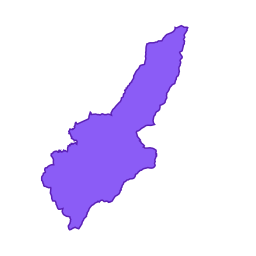 the district of Pangarati, Neamt, Romania, rotated 225°
{"feature_id": "2599482B60779670494049", "entity_name": "Pangarati", "entity_type": "district", "adm_level": 2, "iso_a3": "ROU", "parent_name": "Romania", "parent_adm1": "Neamt", "projection": "albers", "projection_center": [26.201, 46.911], "detail": "fine", "context": "isolated", "style": "filled", "palette": "violet", "viewbox_px": 256, "rotation_deg": 225, "n_neighbors": 0, "source": "geoboundaries", "source_scale": "gbopen_adm2", "svg_char_len": 5796}
<svg xmlns="http://www.w3.org/2000/svg" viewBox="0 0 256 256"><g transform="rotate(225 128 128)"><path d="M174.1,200.9L172.8,198.6L171.8,197.3L169.5,194.9L169.1,194.1L167.6,192.9L166.3,190.9L164.8,190.0L164.2,189.3L163.0,187.1L161.4,184.8L161.5,184.3L162.8,182.3L163.3,181.3L163.5,180.4L162.9,179.0L162.4,177.4L162.5,175.2L162.2,173.3L161.8,172.3L161.7,171.8L161.2,170.6L161.0,169.4L160.8,168.9L159.2,167.1L159.0,166.0L158.3,163.4L158.0,163.1L158.2,162.8L158.0,162.3L158.2,160.6L157.7,160.1L157.5,158.9L157.5,158.4L157.8,157.7L157.5,156.7L156.9,155.9L157.5,155.0L157.0,154.6L156.6,153.2L156.7,152.9L157.0,152.7L157.0,152.4L156.9,152.2L156.3,152.2L156.0,152.0L155.0,150.5L154.9,150.0L155.2,149.2L155.2,148.9L154.4,147.8L153.9,147.4L153.5,146.6L153.5,145.9L153.9,144.7L152.7,143.1L152.1,141.2L152.2,139.8L152.1,136.4L152.0,134.5L151.7,132.6L151.8,130.4L151.6,129.7L150.6,126.6L148.7,125.4L150.2,124.8L151.5,124.1L152.2,123.4L152.7,122.3L153.7,121.2L154.3,120.7L156.0,120.0L156.5,119.4L156.7,118.2L157.0,117.5L158.1,116.9L159.2,115.8L160.7,115.0L163.5,111.6L164.8,112.5L165.8,112.5L163.8,108.6L163.2,108.1L162.6,107.0L162.5,106.1L166.7,94.9L167.2,94.7L168.7,95.2L168.9,94.9L168.6,94.0L167.3,92.4L167.2,92.0L167.1,91.1L166.3,91.0L166.0,90.7L165.8,89.8L166.0,89.2L166.5,88.6L166.5,88.3L166.0,88.2L166.1,87.8L166.7,87.2L168.3,86.2L167.6,84.9L167.6,84.3L167.4,83.6L167.1,83.4L166.5,83.7L166.1,83.6L165.8,82.4L165.2,82.8L164.8,83.0L162.9,82.2L162.6,81.9L161.4,81.9L161.2,81.6L161.0,80.9L160.5,80.7L159.9,81.1L157.7,81.4L157.0,81.0L156.9,81.5L156.3,82.2L156.3,82.4L155.6,82.8L154.2,82.3L153.9,81.6L152.8,80.3L153.5,80.2L154.7,80.4L155.3,78.9L155.4,78.0L155.9,77.6L156.2,77.8L157.1,77.1L156.4,76.5L157.1,75.8L157.4,75.0L156.6,74.5L157.7,73.0L157.0,72.3L156.9,71.7L156.5,71.1L154.9,69.5L154.3,68.6L154.2,68.3L155.1,67.8L156.3,67.7L156.6,67.5L156.6,67.0L157.8,66.8L157.6,66.2L157.4,65.3L157.7,64.8L157.8,64.2L159.0,64.0L159.3,63.6L159.3,63.3L159.6,63.5L160.2,63.1L160.3,63.2L160.3,63.5L160.5,63.2L160.7,63.3L160.6,63.7L161.0,63.6L161.0,63.4L160.7,63.2L160.7,62.6L160.8,61.9L160.7,61.7L160.2,61.9L160.1,61.7L160.8,61.3L161.0,61.5L161.6,61.3L162.4,60.9L162.5,60.6L163.0,60.1L162.9,59.8L163.3,59.4L163.7,58.1L163.4,57.2L163.9,55.2L163.0,54.7L162.8,54.0L161.3,53.9L159.0,53.3L158.0,52.6L157.3,51.7L155.7,50.2L154.6,49.5L155.9,48.2L156.6,46.9L157.3,44.8L157.3,43.6L157.2,42.6L157.7,42.2L158.2,41.3L157.8,40.1L156.9,39.2L156.3,39.0L155.2,38.4L155.1,38.1L155.8,36.1L155.1,35.3L154.7,34.2L154.6,32.8L153.8,31.7L151.9,29.9L151.2,30.0L150.3,29.7L149.2,28.9L148.0,28.6L147.0,27.8L146.0,27.6L144.7,28.6L143.9,28.7L141.8,29.7L140.6,31.2L139.9,30.8L136.9,27.1L134.3,26.1L133.2,25.3L132.0,24.2L130.5,23.6L129.9,23.2L129.5,23.3L128.3,24.5L127.5,24.8L125.9,24.1L124.9,23.2L123.3,22.8L122.6,22.3L120.9,21.6L119.7,21.5L119.4,21.7L118.4,22.8L117.1,25.0L116.6,24.0L115.4,22.3L113.1,21.4L112.0,21.3L109.0,22.1L107.6,23.3L106.1,24.0L105.3,23.3L103.9,22.9L103.2,21.7L102.7,21.4L102.3,20.5L101.7,19.7L101.2,18.0L101.1,16.8L100.5,16.1L98.5,14.9L97.3,14.8L96.6,16.0L96.2,17.9L95.2,20.4L93.9,20.8L92.4,21.5L91.6,21.9L91.6,22.2L91.9,23.4L92.2,24.9L92.5,25.9L92.8,27.5L94.0,29.4L94.4,31.4L95.0,32.7L94.9,36.2L95.6,36.7L96.3,38.6L96.9,39.0L97.4,41.5L98.3,43.3L98.4,44.0L98.6,44.3L98.9,47.6L98.3,49.5L98.2,51.8L97.3,54.1L97.4,55.0L96.0,55.2L96.1,57.4L95.5,58.4L94.8,59.0L93.0,59.1L92.7,59.3L92.2,59.8L91.8,60.8L90.3,61.9L89.6,61.6L89.3,61.6L88.9,62.1L88.8,62.5L88.6,62.6L88.6,62.9L88.3,63.0L88.3,63.8L87.7,64.4L87.6,65.3L88.3,68.1L88.8,70.7L88.1,73.0L87.8,75.2L88.5,77.3L89.4,78.4L89.0,79.4L90.3,80.4L90.4,81.6L91.5,83.4L91.7,85.1L92.6,86.7L92.4,87.0L92.4,87.3L92.0,88.4L91.9,90.7L91.1,91.6L90.8,93.0L90.5,93.5L89.0,95.3L88.4,96.6L88.6,98.3L88.9,98.9L88.9,99.2L89.9,100.5L89.3,102.2L89.4,103.5L89.6,104.2L89.4,105.5L89.5,106.4L88.7,107.6L88.3,110.1L86.4,113.2L86.0,114.1L84.6,114.9L84.0,115.4L83.1,116.2L82.2,117.4L81.9,119.0L82.1,120.2L82.5,120.9L84.1,121.6L84.6,122.3L85.0,123.5L85.7,123.8L86.6,124.5L87.5,126.7L88.1,127.7L87.9,128.3L88.5,128.9L89.2,128.8L89.5,129.2L89.1,129.5L89.7,130.0L90.1,129.7L90.8,130.0L91.4,131.2L92.5,132.1L95.0,131.6L96.2,131.1L98.5,129.5L100.3,127.3L101.5,126.1L102.1,125.7L103.0,125.7L103.7,125.4L103.8,126.9L105.0,127.1L108.3,126.8L108.9,127.3L109.7,127.1L110.8,127.1L110.7,128.2L115.6,128.7L115.8,129.0L119.2,130.9L119.3,131.8L119.4,132.1L118.6,133.5L118.3,135.1L118.2,137.2L117.3,140.6L117.1,142.3L115.9,144.0L114.0,145.7L113.3,146.5L111.7,149.3L113.5,149.6L115.5,150.9L117.7,154.1L118.0,154.6L118.1,156.4L119.1,158.2L119.3,159.4L119.2,160.1L118.8,161.1L118.7,163.2L119.9,165.1L121.4,166.7L120.7,168.1L120.0,170.3L119.9,171.4L120.0,172.5L120.7,173.3L121.4,174.9L121.8,176.7L123.7,178.1L124.4,179.2L125.2,179.8L125.5,182.1L126.0,184.0L126.6,185.2L127.1,186.7L127.1,188.2L127.3,189.5L126.9,191.3L126.5,192.0L126.4,192.5L128.1,195.3L128.3,196.5L129.3,197.6L129.8,199.1L129.5,200.0L129.5,200.3L130.2,202.0L131.3,203.3L131.3,203.7L131.8,204.4L132.8,205.0L134.6,206.5L135.0,207.3L135.6,209.4L136.4,210.1L136.7,211.2L137.0,211.5L137.6,212.0L138.8,212.4L139.0,212.6L139.4,214.0L139.3,215.6L139.6,216.2L140.3,216.8L143.8,217.5L145.0,218.0L145.1,218.3L144.4,220.3L144.3,220.8L144.5,221.2L147.1,225.4L147.5,225.8L147.7,227.3L147.9,227.5L149.0,228.6L149.4,229.4L149.8,229.6L151.0,229.7L151.5,230.0L152.0,232.3L153.6,233.0L154.0,233.4L154.4,234.5L154.8,236.8L155.2,238.0L155.2,238.8L156.1,239.5L156.7,241.2L157.4,241.0L159.6,238.9L160.8,238.7L162.7,238.0L164.3,233.4L164.9,232.8L165.8,232.4L164.8,231.4L164.4,230.7L164.1,228.6L164.3,227.5L164.7,226.0L166.7,221.5L166.7,220.3L166.8,219.5L166.5,218.5L166.6,217.0L166.1,215.0L165.7,213.7L166.0,213.2L168.1,211.0L168.2,209.3L169.1,208.4L169.6,207.2L170.5,206.0L172.7,203.8L173.4,202.5L173.6,201.4L174.1,200.9Z" fill="#8b5cf6" stroke="#5b21b6" stroke-width="1.5"/></g></svg>